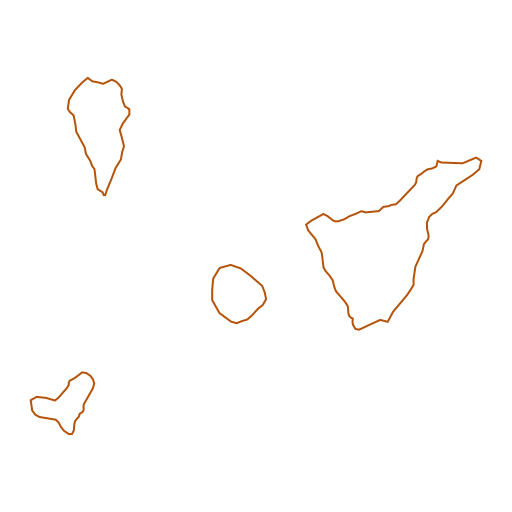 the border of Santa Cruz de Tenerife
{"feature_id": "ESP-5842", "entity_name": "Santa Cruz de Tenerife", "entity_type": "Autonomous Community", "adm_level": 1, "iso_a3": "ESP", "parent_name": "Spain", "parent_adm1": "", "projection": "equal_earth", "projection_center": [-17.219, 28.249], "detail": "fine", "context": "isolated", "style": "outline", "palette": "amber", "viewbox_px": 512, "rotation_deg": 0, "n_neighbors": 0, "source": "natural_earth", "source_scale": "10m", "svg_char_len": 2291}
<svg xmlns="http://www.w3.org/2000/svg" viewBox="0 0 512 512"><path d="M413.6,284.9L410.6,289.8L407.2,294.9L393.0,311.9L389.7,318.1L387.7,321.8L380.2,319.9L368.2,325.4L363.1,327.8L359.0,329.7L355.4,328.9L353.0,324.8L352.5,322.1L352.8,318.6L350.8,317.6L349.1,315.8L348.4,313.4L348.0,307.8L347.6,305.8L344.6,301.3L336.0,291.3L334.2,286.6L332.7,280.3L329.4,275.4L325.8,271.3L323.5,267.5L322.0,254.5L321.3,251.7L318.2,246.0L315.5,239.2L308.2,230.4L306.1,224.6L311.4,220.6L323.4,214.0L327.7,216.2L332.9,220.4L335.4,221.4L338.2,221.3L344.4,219.2L349.3,216.3L356.4,213.5L361.4,211.2L365.8,212.4L374.6,211.5L378.9,211.1L383.3,206.9L388.9,206.1L391.3,204.9L395.9,204.3L400.3,200.2L410.6,189.3L414.9,184.8L416.2,182.3L416.7,178.0L417.6,176.2L421.7,173.6L423.5,172.0L427.4,169.4L432.3,168.4L436.3,166.4L437.7,160.9L441.2,162.5L462.6,163.3L476.1,157.6L481.3,160.9L479.3,169.2L472.6,174.9L456.4,185.5L452.8,193.5L448.3,198.7L442.3,206.2L436.2,212.1L432.3,213.9L429.2,216.9L427.0,222.4L427.0,228.6L428.2,233.5L428.7,236.4L428.0,239.4L425.9,241.6L423.9,244.2L422.5,251.0L415.4,266.7L413.5,279.6L413.6,284.9ZM121.9,88.8L121.4,94.6L123.0,101.6L125.0,106.5L129.3,109.1L129.4,114.5L122.8,123.5L119.7,130.0L121.4,135.9L124.0,146.3L122.2,151.9L120.9,159.5L115.7,167.8L111.3,179.3L107.2,189.2L105.2,195.1L103.8,195.1L102.6,192.3L97.7,189.3L96.2,183.7L94.5,169.2L92.0,165.7L90.4,161.1L85.9,153.8L84.7,147.4L76.3,131.8L75.4,124.4L74.5,119.8L73.5,115.2L70.0,112.2L67.8,108.9L69.0,100.0L74.8,90.3L82.3,82.4L87.8,77.9L92.3,81.3L97.8,82.3L103.1,83.8L111.9,79.7L116.3,81.8L119.9,85.6L121.9,88.8ZM219.6,268.0L230.7,264.9L240.9,268.5L250.3,275.6L262.2,285.9L264.8,292.7L266.1,299.2L262.7,305.1L258.4,308.3L251.8,315.6L247.1,319.6L242.2,321.0L236.6,323.2L231.0,321.6L219.5,313.1L212.2,300.1L212.2,289.7L213.2,278.6L219.6,268.0ZM82.2,372.4L86.5,373.1L90.4,375.8L93.1,379.6L94.2,383.4L92.9,388.3L83.7,404.5L83.5,406.4L83.6,408.2L83.6,409.9L82.9,411.6L81.8,412.5L80.6,413.1L79.6,413.9L79.2,415.7L78.5,417.2L76.8,418.9L75.2,420.9L74.4,423.7L73.8,430.5L72.0,434.0L68.8,434.1L64.0,430.8L60.7,426.6L58.7,422.6L55.8,419.7L39.5,417.0L35.2,414.6L32.2,410.5L30.7,400.2L36.6,396.9L46.0,397.9L55.0,400.5L58.3,397.9L66.9,388.0L68.6,385.3L68.9,382.2L69.8,380.7L74.5,378.2L82.2,372.4Z" fill="none" stroke="#b45309" stroke-width="2"/></svg>